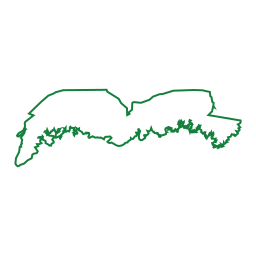 outline of Kariba Urban, Mashonaland West, Zimbabwe
{"feature_id": "62879985B80856032780976", "entity_name": "Kariba Urban", "entity_type": "district", "adm_level": 2, "iso_a3": "ZWE", "parent_name": "Zimbabwe", "parent_adm1": "Mashonaland West", "projection": "albers", "projection_center": [28.813, -16.528], "detail": "fine", "context": "isolated", "style": "outline", "palette": "green", "viewbox_px": 256, "rotation_deg": 0, "n_neighbors": 0, "source": "geoboundaries", "source_scale": "gbopen_adm2", "svg_char_len": 5934}
<svg xmlns="http://www.w3.org/2000/svg" viewBox="0 0 256 256"><path d="M63.2,90.2L55.5,92.3L53.7,93.5L48.4,95.6L41.4,101.6L29.0,113.6L33.5,115.4L25.3,121.8L24.8,123.1L25.0,126.8L24.3,128.2L24.7,128.0L25.8,129.1L18.8,133.1L17.1,135.4L17.4,136.3L18.7,136.4L24.6,131.9L24.2,133.3L20.8,137.7L22.2,139.8L21.5,143.0L21.9,143.6L20.9,145.0L21.2,146.7L19.8,146.8L19.1,152.0L16.0,158.2L15.4,163.5L16.0,164.7L17.6,166.2L18.8,166.1L20.2,164.9L24.0,163.6L27.7,160.3L31.6,158.3L32.3,154.8L33.4,153.8L36.8,153.1L37.7,151.3L35.0,147.3L38.2,146.2L37.0,144.1L39.6,144.1L41.4,143.1L40.6,142.5L40.0,141.1L40.6,140.2L40.3,137.7L38.3,137.6L38.4,137.3L40.4,136.9L42.3,137.3L42.5,136.2L43.0,136.8L42.2,137.9L42.8,138.3L42.5,139.5L45.0,140.6L45.7,141.4L45.6,143.1L49.0,144.9L49.1,145.4L51.0,145.7L51.6,143.7L53.7,142.6L53.7,141.3L52.2,139.7L53.7,137.4L53.2,136.0L49.2,135.6L48.6,134.6L47.3,135.0L47.4,134.4L46.4,133.6L47.2,133.2L46.7,131.8L44.8,131.8L45.2,131.2L46.9,131.1L47.2,129.7L48.6,132.7L49.8,133.2L50.5,132.9L51.0,131.4L52.1,131.2L52.7,130.1L53.8,130.1L54.2,128.9L55.5,132.0L56.7,132.0L58.4,131.2L57.9,130.5L58.8,130.4L58.1,128.3L58.9,129.4L60.0,129.0L59.3,130.0L59.6,131.4L56.1,133.7L55.1,137.6L56.0,137.7L58.9,136.4L60.2,138.5L61.4,136.4L59.8,136.0L63.6,132.8L63.3,132.5L63.9,131.7L63.3,131.1L64.3,130.3L64.5,129.0L64.1,128.4L65.1,128.6L65.6,127.9L65.5,131.6L65.9,131.9L67.8,130.9L68.5,130.9L69.0,131.4L69.8,130.0L69.8,127.3L70.5,126.8L71.2,127.9L73.2,128.0L73.5,128.4L74.3,128.0L73.7,130.4L75.0,130.6L74.8,131.1L75.3,131.6L73.4,132.7L73.9,133.0L73.7,134.8L74.2,135.4L74.3,134.8L75.4,133.9L77.1,133.7L77.4,133.3L76.4,130.9L75.8,130.4L76.3,129.4L77.3,129.2L77.0,128.5L78.1,129.2L79.0,128.6L78.9,130.3L81.7,131.8L83.1,133.9L83.7,134.1L85.7,133.1L86.6,133.6L87.0,133.4L86.7,132.7L88.9,132.9L89.3,134.4L88.3,136.9L89.3,137.9L92.6,136.3L95.1,137.6L97.3,137.4L99.8,137.8L100.7,137.5L104.0,139.3L104.5,137.8L105.4,136.9L110.2,136.5L111.5,137.9L107.5,141.8L108.5,142.7L109.9,143.0L111.6,142.6L116.7,145.5L118.9,146.0L121.7,145.5L124.5,143.9L125.0,143.0L127.6,142.4L127.9,141.5L130.8,139.5L130.9,138.2L131.8,139.0L133.1,138.8L134.9,136.4L136.4,136.0L137.3,134.1L136.6,133.7L136.2,132.7L136.9,132.7L137.1,133.6L138.2,133.0L138.8,130.5L138.3,129.4L138.8,129.2L139.6,130.4L138.9,131.0L140.0,131.5L138.9,134.6L138.9,137.4L139.3,139.2L140.7,140.2L142.3,140.0L145.2,137.9L145.4,136.1L144.7,136.6L144.3,135.7L144.6,135.7L144.5,135.2L145.4,135.0L146.4,135.5L148.1,134.1L148.6,133.5L147.5,131.0L148.8,131.5L150.9,129.9L150.9,129.0L150.2,128.6L150.9,128.8L151.2,128.0L152.1,130.6L153.4,132.0L153.9,131.8L154.3,132.8L155.2,133.2L156.2,132.9L157.1,133.6L158.4,132.6L157.5,133.7L157.6,134.3L159.5,134.9L158.9,135.2L159.1,136.6L160.0,137.0L161.1,136.0L161.4,135.3L163.7,135.1L164.1,134.6L165.8,134.2L166.2,132.6L166.9,132.3L166.2,131.9L165.3,129.8L165.4,129.0L166.2,128.5L165.2,128.6L166.6,127.9L166.6,128.3L167.7,128.4L167.5,126.8L167.9,127.5L168.5,127.0L169.1,127.2L168.4,129.6L169.3,129.2L169.1,129.5L170.1,129.5L170.7,127.9L171.6,128.2L171.3,131.5L171.9,131.6L172.4,130.7L173.2,130.6L173.0,131.2L173.4,131.7L174.4,131.4L175.3,130.1L175.0,129.5L175.3,129.2L177.3,131.9L177.7,131.8L177.9,130.8L176.8,128.6L177.9,129.9L179.0,127.9L181.0,127.0L180.3,125.8L179.1,126.0L179.0,125.5L179.7,124.8L178.2,124.1L178.6,123.7L178.5,122.2L178.8,121.7L179.1,124.0L180.1,123.8L179.2,123.2L179.3,122.6L179.8,123.0L180.9,122.8L180.9,123.5L181.5,123.4L181.7,122.6L180.6,121.3L181.1,120.6L182.0,122.0L183.1,122.7L183.8,122.0L183.8,122.6L181.8,126.2L183.2,126.6L183.6,126.3L184.2,128.0L184.9,127.8L185.3,127.3L185.5,125.1L186.6,128.4L187.4,128.4L187.1,126.9L187.5,126.3L188.3,126.7L188.5,125.9L187.8,125.5L188.0,125.1L188.5,125.4L189.4,124.0L189.4,124.7L190.1,123.9L189.3,121.4L189.7,120.1L190.8,120.6L189.9,121.7L190.7,123.1L191.7,123.2L191.9,123.5L191.3,123.4L191.2,123.8L192.0,125.2L191.4,127.0L190.9,127.1L191.4,127.9L190.9,128.3L189.0,128.8L188.7,128.2L189.9,131.9L190.3,130.4L191.6,132.4L192.2,132.4L192.1,129.5L192.8,131.6L194.3,130.0L195.7,131.5L195.3,131.4L194.5,132.2L195.9,132.2L196.0,130.7L196.7,130.5L196.3,129.9L196.7,129.2L196.6,128.2L197.6,128.0L198.0,128.9L197.7,129.5L198.4,129.3L198.1,127.7L198.6,127.2L198.0,126.5L198.6,126.2L198.8,127.6L199.1,127.6L199.1,125.3L199.6,125.5L199.3,125.7L199.6,126.0L200.2,125.9L199.6,127.0L199.9,127.5L199.2,128.6L201.3,130.1L201.6,131.7L201.1,132.0L203.0,133.8L204.0,133.6L203.7,132.7L204.2,132.4L204.4,132.7L205.2,132.4L205.0,134.6L204.7,134.7L204.8,135.3L205.3,134.7L205.7,134.9L206.2,136.0L205.8,135.9L206.0,137.7L207.0,137.2L207.1,137.8L208.2,135.9L209.3,135.4L208.9,134.7L209.6,133.3L210.3,133.9L211.3,132.0L211.6,132.9L210.7,134.9L212.3,134.8L212.2,134.3L213.3,133.1L213.5,134.2L212.8,136.0L211.5,137.1L211.5,137.9L212.1,138.8L213.2,138.4L214.1,138.9L215.4,138.7L214.7,139.9L215.0,140.4L216.5,140.3L215.8,142.1L214.4,142.0L213.8,142.6L214.2,141.8L213.0,143.0L212.2,143.1L212.7,144.8L213.4,145.4L213.8,144.8L214.7,145.0L214.8,145.5L213.0,148.1L214.4,146.7L214.1,147.2L214.8,147.3L216.1,146.5L216.4,145.9L218.1,146.1L217.8,147.5L218.3,147.4L218.4,147.9L219.3,147.3L219.2,146.2L219.8,146.5L219.0,146.0L219.0,145.2L219.5,145.0L220.1,145.5L220.2,146.4L220.5,146.2L221.7,146.9L222.6,146.5L221.6,146.2L222.0,145.6L221.4,144.3L223.3,145.5L223.8,142.7L224.3,143.8L224.8,143.8L226.4,142.3L227.3,142.0L226.2,141.1L227.0,140.0L228.8,139.6L228.0,137.3L230.6,136.7L231.7,134.2L233.8,134.9L234.7,133.8L234.0,135.3L235.1,136.0L237.9,133.4L236.4,131.1L238.3,131.5L239.6,129.9L238.4,128.3L240.2,127.4L237.9,124.4L240.2,123.1L240.6,122.2L240.6,120.5L208.4,115.1L212.0,111.4L213.1,106.7L214.2,107.3L213.4,105.9L213.6,102.8L212.4,102.1L211.4,97.0L210.3,96.1L209.9,92.0L202.5,90.3L193.8,90.0L173.4,90.7L162.6,94.0L159.6,94.2L153.1,96.6L149.4,99.8L141.0,102.8L133.7,102.1L132.3,102.9L132.0,109.7L128.7,112.5L129.5,113.9L127.2,115.1L127.0,108.2L121.1,103.1L118.7,98.8L107.2,91.6L106.6,89.8L63.2,90.2Z" fill="none" stroke="#15803d" stroke-width="2"/></svg>